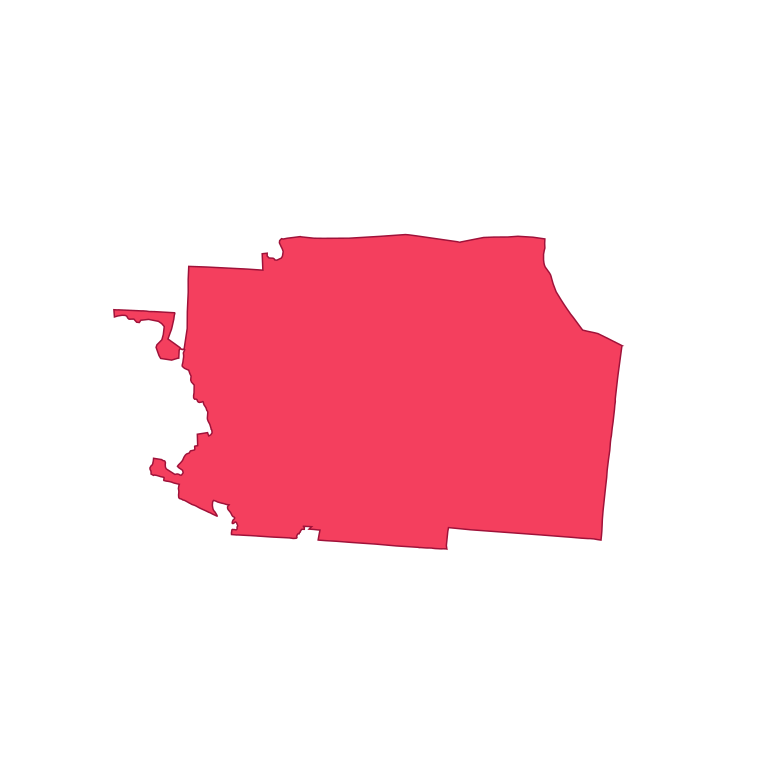 Popesti, Arges, Romania (Mercator projection), rotated 33°
{"feature_id": "2599482B99719362105911", "entity_name": "Popesti", "entity_type": "district", "adm_level": 2, "iso_a3": "ROU", "parent_name": "Romania", "parent_adm1": "Arges", "projection": "mercator", "projection_center": [25.115, 44.453], "detail": "fine", "context": "isolated", "style": "filled", "palette": "rose", "viewbox_px": 768, "rotation_deg": 33, "n_neighbors": 0, "source": "geoboundaries", "source_scale": "gbopen_adm2", "svg_char_len": 6086}
<svg xmlns="http://www.w3.org/2000/svg" viewBox="0 0 768 768"><g transform="rotate(33 384 384)"><path d="M619.0,413.6L622.6,411.6L633.1,406.0L638.1,403.2L639.7,402.3L640.9,401.5L644.4,399.6L647.8,398.2L651.0,396.7L648.7,392.2L646.8,388.7L643.7,383.4L640.8,378.5L636.7,370.9L626.1,350.0L621.7,341.2L618.2,334.9L613.9,326.1L609.5,316.7L605.7,309.7L604.0,306.3L602.9,303.6L599.3,296.5L596.9,291.3L591.2,279.9L589.2,276.2L587.6,272.8L586.1,270.6L576.8,252.0L575.2,248.7L562.7,222.3L562.8,222.2L547.9,223.8L536.0,225.2L532.8,226.3L525.5,229.1L521.2,230.6L516.6,228.9L506.5,225.1L502.0,223.6L500.9,223.1L496.2,221.2L492.0,219.4L486.9,217.1L478.5,213.1L478.1,212.9L471.3,207.9L467.3,204.4L465.9,203.1L464.3,201.8L462.8,201.0L461.9,200.6L456.0,198.3L455.3,198.0L453.8,196.9L452.3,195.5L450.2,193.0L447.1,188.2L445.7,184.8L444.9,182.4L442.2,178.6L439.9,174.7L429.1,179.7L415.8,187.2L407.9,193.2L396.2,200.9L387.7,206.9L370.9,223.2L370.8,223.6L370.6,223.8L367.9,224.8L330.3,242.2L323.6,245.4L320.6,247.0L300.7,262.0L275.5,280.6L253.6,295.0L246.0,299.8L234.2,305.8L233.6,305.9L223.4,314.5L220.4,317.4L218.9,317.9L218.4,320.6L219.4,322.6L222.7,324.7L225.1,326.1L227.3,327.8L229.2,332.1L229.3,334.3L226.7,338.5L224.9,339.4L224.0,338.9L222.5,338.9L219.0,340.9L216.3,340.3L214.8,337.9L210.9,341.1L220.4,354.5L206.4,362.3L171.7,382.4L156.2,391.7L162.8,402.9L169.9,413.8L179.7,430.5L188.7,444.6L197.3,463.5L196.2,464.6L195.6,464.9L194.4,465.2L193.1,464.6L178.3,463.9L177.0,458.5L176.0,454.0L175.3,451.9L172.4,444.1L170.8,440.8L170.1,438.7L169.6,438.3L152.1,448.3L147.6,451.1L145.0,452.3L142.1,453.9L140.6,454.9L137.3,456.8L120.8,466.5L119.5,467.4L117.0,468.8L121.4,474.6L123.6,472.0L126.9,469.0L129.6,467.4L131.4,467.2L133.0,468.2L134.9,468.5L138.8,465.8L142.9,466.9L145.3,465.7L145.3,463.0L151.4,458.0L160.7,454.3L164.6,454.4L168.4,455.5L172.0,462.8L173.6,467.9L172.2,474.8L172.9,477.4L179.8,482.7L182.8,484.2L192.9,479.6L197.1,474.6L197.8,474.1L193.9,467.4L193.6,466.2L193.9,465.8L194.2,465.4L196.1,465.0L197.5,463.7L198.1,463.7L198.4,464.8L198.8,467.3L200.2,468.9L201.2,470.4L202.3,472.8L203.5,475.3L204.5,478.2L205.3,479.1L208.1,479.5L212.7,478.8L215.5,481.0L217.9,482.5L219.7,485.9L221.4,487.2L225.4,488.3L229.5,494.9L230.6,497.4L231.9,499.3L233.4,499.9L234.5,499.1L235.7,499.0L236.7,499.8L238.1,500.3L239.2,500.0L241.0,498.4L241.3,497.7L241.8,497.4L242.4,497.7L243.1,498.5L244.4,499.5L247.6,500.9L249.7,502.6L250.9,503.0L251.7,503.8L254.3,508.6L255.0,509.6L256.8,511.0L259.9,512.7L263.2,515.5L263.5,516.0L264.6,516.4L266.0,518.0L266.4,518.7L266.4,520.9L265.7,522.4L265.2,523.0L262.5,520.9L254.8,527.8L260.9,536.6L261.3,537.2L259.2,539.1L259.2,539.5L260.7,541.5L261.0,542.3L260.5,543.1L258.2,545.4L258.1,545.9L258.2,547.7L258.2,548.0L256.6,550.1L256.3,551.0L256.1,552.0L256.1,554.3L256.6,557.4L256.6,558.7L256.3,561.0L255.7,563.8L255.6,565.5L256.2,565.7L257.8,566.0L259.5,566.0L262.1,566.1L263.9,567.8L263.8,570.7L262.8,571.4L261.0,571.5L259.5,572.1L257.9,573.7L247.6,573.8L245.9,572.7L244.4,570.7L243.6,569.1L242.5,568.2L241.9,568.0L240.3,568.6L238.7,568.5L231.2,571.8L232.0,573.3L232.6,574.5L232.9,575.5L233.5,576.8L233.6,578.4L233.2,579.7L233.4,581.9L234.5,583.2L235.6,583.7L236.6,584.7L237.7,586.4L238.5,586.3L240.4,586.2L240.6,586.1L240.8,585.7L241.0,585.4L241.4,585.2L243.1,584.5L245.1,583.9L247.0,583.4L249.0,582.6L250.2,582.2L250.4,582.2L250.5,582.3L250.7,582.5L251.2,583.7L251.6,584.4L251.9,584.8L254.1,584.1L256.0,583.2L257.7,582.5L259.6,581.9L261.2,581.6L262.2,581.3L267.0,579.6L267.2,580.6L267.5,581.4L268.2,583.0L268.4,583.5L269.0,584.2L269.5,584.7L270.8,586.3L271.0,586.8L271.6,587.9L272.1,588.9L273.5,590.8L274.1,591.2L274.5,591.3L274.9,591.4L275.6,591.2L276.6,590.9L277.1,590.8L277.7,590.8L278.5,590.8L279.5,590.4L280.4,590.2L284.5,589.9L285.4,589.9L286.8,589.7L288.0,589.7L289.0,589.5L291.4,588.9L292.9,588.7L295.7,588.5L295.9,588.5L298.0,588.3L303.0,587.5L307.1,587.0L308.2,586.7L310.7,586.5L315.2,585.9L315.8,585.8L315.9,585.7L316.0,585.6L315.7,585.3L315.4,585.1L313.9,584.3L312.0,583.4L310.5,583.0L309.3,582.4L308.5,581.8L307.6,580.9L306.6,579.8L306.0,579.0L305.6,578.3L304.8,576.8L304.5,576.1L304.4,574.5L304.5,574.4L304.8,574.3L306.3,573.9L307.4,573.7L308.6,573.6L312.3,572.5L314.7,571.6L316.9,571.0L317.6,570.8L319.9,569.7L319.9,570.1L319.7,570.6L319.6,571.1L319.6,571.6L319.7,572.1L319.8,572.5L320.4,573.2L320.8,573.7L321.3,574.0L321.9,574.3L324.2,575.0L325.5,575.5L326.3,575.9L327.6,576.7L328.6,577.2L329.4,577.4L331.0,577.3L331.4,577.4L331.6,577.5L331.8,577.9L331.9,578.8L331.5,580.2L331.5,580.5L331.9,582.2L332.3,583.1L332.6,583.4L332.7,583.5L332.9,583.5L333.3,583.3L333.5,583.1L333.7,582.8L333.9,582.3L334.2,581.3L334.4,580.7L334.6,580.6L334.9,580.5L335.6,580.6L336.1,580.8L336.9,581.4L338.0,582.1L338.4,582.5L338.6,582.7L338.7,583.1L338.6,583.6L338.7,584.0L338.9,584.4L339.5,585.1L339.6,585.4L339.7,585.8L339.7,586.3L339.6,586.5L339.4,586.9L339.1,587.1L338.5,587.3L337.7,587.6L337.0,588.1L336.1,588.5L335.9,588.9L335.9,589.2L336.1,589.7L336.2,590.0L336.4,590.3L336.7,591.0L337.2,592.1L338.1,593.3L342.9,590.7L343.4,590.3L351.6,585.6L354.5,583.9L359.6,581.0L360.4,580.6L364.5,578.3L372.8,573.7L386.9,565.5L387.3,565.3L387.8,565.0L388.3,564.6L389.3,564.3L389.8,563.9L391.4,563.3L392.4,562.7L393.5,561.9L394.6,560.9L394.6,560.7L394.6,560.3L394.5,559.9L394.3,559.7L393.7,559.4L393.6,559.1L393.5,558.8L393.4,557.3L393.4,557.1L393.4,556.7L393.6,556.3L394.3,556.0L394.4,555.9L394.2,555.2L394.1,554.9L394.0,554.7L394.1,554.3L394.3,554.0L394.4,553.8L394.4,553.7L394.1,553.0L394.1,551.0L394.2,550.7L394.3,550.6L396.3,549.3L395.8,548.5L395.1,547.3L394.4,547.6L394.2,547.5L394.0,547.4L393.9,547.2L401.0,543.1L400.2,546.5L404.4,544.2L409.9,541.4L410.0,541.7L410.8,543.7L411.6,545.7L413.7,550.7L414.4,550.4L420.1,547.3L429.4,542.0L443.2,534.5L464.4,522.7L482.7,513.0L501.7,502.3L502.5,502.1L503.5,501.4L504.9,500.6L508.7,498.5L512.7,496.0L513.6,495.5L514.4,495.2L516.6,494.1L521.6,491.2L523.8,489.7L525.3,488.8L525.9,488.4L526.6,488.2L524.2,485.4L517.8,472.9L516.3,469.3L536.0,459.1L597.1,425.5L616.6,414.9L619.0,413.6Z" fill="#f43f5e" stroke="#9f1239" stroke-width="1.5"/></g></svg>